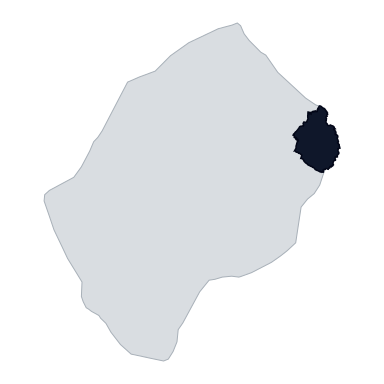 Sanqebethu, Mokhotlong, Lesotho (highlighted)
{"feature_id": "5366337B9113351497763", "entity_name": "Sanqebethu", "entity_type": "district", "adm_level": 2, "iso_a3": "LSO", "parent_name": "Lesotho", "parent_adm1": "Mokhotlong", "projection": "equal_earth", "projection_center": [29.193, -29.287], "detail": "fine", "context": "in_parent", "style": "filled", "palette": "ink", "viewbox_px": 384, "rotation_deg": 0, "n_neighbors": 0, "source": "geoboundaries", "source_scale": "gbopen_adm2", "svg_char_len": 6708}
<svg xmlns="http://www.w3.org/2000/svg" viewBox="0 0 384 384"><path d="M251.4,272.7L240.3,276.7L238.8,277.1L231.7,276.2L222.3,277.1L214.9,279.3L209.1,280.2L199.7,291.8L182.8,323.0L178.2,329.6L177.0,341.8L173.1,351.5L168.3,359.1L163.6,361.0L149.3,358.0L131.1,354.1L120.5,344.6L111.0,332.3L105.9,323.3L100.7,318.3L98.9,315.5L91.5,311.4L88.7,309.2L86.2,307.7L83.2,301.7L81.4,296.5L82.0,282.0L76.7,273.3L67.6,258.5L61.9,246.4L54.0,229.9L49.2,215.7L44.1,201.0L44.7,194.7L49.4,190.4L63.2,183.0L73.8,177.3L81.4,166.8L89.7,151.1L93.7,141.7L97.8,137.4L102.2,130.8L109.9,116.0L118.4,99.7L127.6,82.1L139.3,77.0L155.2,71.1L170.5,55.7L188.8,42.7L218.3,28.7L232.0,25.1L237.3,23.0L240.6,25.7L244.1,33.8L249.2,40.5L260.8,52.2L265.8,55.1L277.8,72.4L290.7,84.3L305.5,98.0L315.5,104.8L320.7,106.7L324.9,118.9L329.2,127.9L331.7,136.3L331.2,144.5L326.5,164.6L319.7,185.1L314.2,193.6L307.6,199.0L301.1,207.1L298.6,223.5L295.7,242.8L287.2,250.7L280.6,255.9L271.5,262.3L251.4,272.7Z" fill="#d9dde1" stroke="#a8b0b8" stroke-width="1"/><path d="M320.1,171.9L320.6,171.9L321.2,172.2L321.3,172.0L321.2,171.5L321.4,171.6L321.7,171.9L322.2,172.0L322.5,172.2L323.3,172.2L323.5,171.9L323.4,171.5L323.0,170.6L323.1,170.4L323.1,170.1L323.6,170.0L324.0,169.4L324.3,169.6L324.6,169.4L324.8,169.5L325.0,169.4L325.3,169.4L325.4,168.9L325.9,168.5L326.3,168.5L327.7,169.2L328.0,169.1L328.3,169.2L328.5,168.6L328.7,168.2L328.9,168.1L329.4,168.1L329.8,167.8L329.8,166.8L330.0,166.6L330.4,166.5L330.6,166.8L330.8,166.9L331.3,166.9L331.3,166.2L332.4,166.1L332.3,165.6L332.5,165.4L332.9,165.3L332.9,165.1L333.4,164.9L333.4,164.3L332.9,163.6L333.1,162.5L333.5,161.5L333.6,161.1L334.0,160.7L335.3,160.3L335.5,160.1L335.5,159.6L335.1,158.9L335.1,158.6L335.2,157.2L335.3,156.9L335.7,157.0L336.5,157.0L336.8,157.1L337.4,156.9L337.3,155.8L337.2,155.3L337.7,154.9L338.2,154.2L338.6,153.9L338.6,153.6L338.8,153.5L338.8,152.3L338.5,152.2L338.2,151.7L338.1,151.3L338.0,150.4L338.0,149.9L338.2,149.6L337.9,148.7L338.3,148.4L338.8,148.5L339.3,148.1L339.9,148.1L339.6,146.7L339.2,146.0L339.3,145.4L339.2,145.0L339.2,144.7L338.8,144.6L338.7,143.9L338.4,143.7L338.1,143.5L338.1,143.1L337.6,142.8L337.7,142.6L338.1,142.2L338.0,141.9L338.4,141.7L338.2,141.3L338.3,141.0L337.8,140.1L337.8,139.6L337.3,138.6L337.2,137.9L337.4,137.6L337.6,137.5L337.8,137.0L337.8,136.4L337.8,136.0L337.4,135.4L336.6,134.7L336.3,134.8L336.2,134.5L335.5,134.6L335.2,134.5L335.2,133.4L335.4,133.5L335.7,133.4L335.9,133.2L336.0,132.9L335.8,132.0L335.6,131.2L335.0,130.8L334.8,129.9L333.6,129.6L333.9,128.5L333.9,128.2L334.6,128.5L334.8,128.5L334.5,128.2L334.1,127.0L333.3,126.2L332.9,126.0L331.1,125.4L330.6,125.0L329.9,125.3L328.7,125.6L328.4,125.6L327.7,125.3L327.5,125.1L327.4,124.3L327.2,123.9L326.8,123.7L326.5,123.3L326.0,122.8L325.8,120.7L326.2,120.7L326.3,120.5L326.3,119.0L326.5,118.8L326.5,118.5L325.9,117.2L326.1,116.8L326.3,116.6L326.7,116.3L327.1,116.2L327.0,115.9L326.8,115.5L327.0,114.6L327.4,114.4L327.6,114.4L327.6,114.0L327.4,113.8L327.2,113.4L327.4,112.8L327.0,112.6L326.9,112.1L326.4,111.6L326.6,111.4L326.0,110.9L326.0,110.6L325.5,110.0L325.2,109.9L325.1,109.3L324.7,108.9L324.1,108.5L323.7,108.5L323.7,108.2L323.0,108.0L322.6,107.7L322.1,107.2L321.6,107.0L321.3,106.5L321.1,106.5L321.0,106.4L320.0,105.9L319.5,106.1L319.4,106.0L319.2,106.1L319.0,106.6L318.9,106.7L318.9,106.9L318.7,107.3L318.7,107.5L318.4,107.6L318.4,108.0L318.2,108.2L318.4,108.3L318.1,108.5L317.9,108.6L317.9,108.8L318.0,108.9L317.8,108.9L317.8,109.1L317.7,109.1L317.5,109.4L317.5,109.7L317.4,109.8L317.5,110.1L317.1,110.7L317.3,111.5L317.0,111.7L316.9,111.7L316.5,111.7L315.5,110.9L315.3,111.0L315.3,111.4L315.0,111.7L314.7,111.5L314.6,111.1L314.3,111.2L314.2,111.7L313.9,111.8L313.3,111.3L312.9,111.4L312.7,111.5L312.8,111.9L312.7,112.1L312.4,112.0L311.9,112.2L311.2,112.2L310.8,112.7L310.5,112.7L310.4,112.8L310.4,113.0L310.7,113.1L310.9,113.3L310.9,113.8L311.3,113.9L311.3,114.1L311.2,114.3L310.8,114.1L310.5,113.7L309.9,113.7L309.6,112.7L309.8,112.4L309.7,112.3L309.3,112.4L309.3,112.9L309.2,112.9L308.8,112.7L308.7,112.8L308.7,113.1L308.5,112.8L308.6,112.4L308.3,112.0L308.0,112.0L308.0,112.4L308.2,112.7L308.2,112.8L307.9,113.0L307.9,114.7L307.7,115.5L307.8,116.0L307.7,116.6L307.8,117.9L308.0,118.4L308.0,118.8L307.6,119.5L307.3,120.4L307.0,120.9L306.8,121.4L306.8,122.1L305.3,122.4L304.9,122.1L304.4,122.1L303.9,122.3L303.7,122.2L303.4,123.0L303.1,123.3L303.3,124.3L303.6,125.3L303.6,125.6L303.3,125.7L303.2,125.8L303.1,126.0L302.9,125.8L302.0,126.0L301.7,126.1L301.6,126.4L301.1,126.4L300.9,126.2L300.6,126.2L299.8,126.6L299.5,126.9L299.4,127.3L298.9,128.0L298.8,128.3L298.1,129.1L298.0,129.4L297.6,129.8L297.5,130.0L296.9,130.6L296.3,131.5L296.0,131.6L295.4,132.0L295.3,132.5L294.8,132.8L294.6,133.2L294.4,133.6L294.1,133.8L293.9,133.8L293.5,134.2L293.4,134.5L293.4,134.9L293.0,135.3L293.1,135.7L293.2,135.3L293.7,135.4L293.9,135.1L294.2,134.9L294.3,135.2L294.2,135.5L294.3,136.4L294.2,137.1L294.2,137.4L294.4,137.6L294.5,137.6L294.6,137.4L294.7,137.1L295.6,137.3L296.1,137.6L296.4,137.7L296.6,138.0L296.6,138.7L296.3,138.8L295.9,138.6L295.8,138.4L295.6,138.5L295.6,138.8L295.7,139.0L296.0,139.0L296.1,138.8L296.3,139.0L296.4,139.8L296.5,139.9L296.9,139.8L297.0,139.9L297.3,139.9L297.6,139.8L297.6,139.6L297.9,139.4L298.0,139.5L298.2,139.8L298.3,140.8L298.2,140.9L297.8,140.9L298.0,141.3L297.8,141.5L297.7,141.4L297.3,141.8L297.3,142.0L297.1,142.1L297.1,142.6L297.0,142.9L296.9,143.1L296.7,143.5L296.7,143.9L296.4,144.9L296.4,145.1L296.2,145.4L296.2,145.8L296.1,146.1L296.0,147.0L296.1,147.3L296.1,147.5L295.8,148.8L295.4,149.2L295.4,149.5L295.0,149.9L294.9,150.4L294.7,150.5L294.5,150.9L294.9,150.8L295.1,150.8L295.6,151.4L295.7,151.6L296.0,151.7L296.2,151.9L296.3,152.2L297.1,152.1L297.5,152.5L297.8,152.4L298.1,152.4L298.6,152.9L298.7,153.3L298.8,153.3L298.9,153.2L299.3,153.0L299.8,153.4L299.8,153.5L300.1,153.7L300.4,154.0L300.8,154.2L300.9,154.4L301.6,154.8L301.7,155.0L301.8,155.1L301.8,155.4L301.4,156.3L301.3,157.4L300.9,157.9L300.8,158.3L301.3,158.2L301.3,158.3L301.8,158.7L302.2,158.7L302.3,158.7L302.5,158.8L302.6,159.0L302.8,159.1L303.0,159.2L303.0,159.3L303.1,159.5L303.4,159.8L303.6,160.0L303.8,160.4L303.7,160.6L303.9,160.8L304.0,161.1L304.2,161.5L304.7,161.9L304.9,162.2L305.2,162.4L305.3,162.6L305.5,162.7L305.8,163.1L306.5,163.3L306.7,163.6L307.0,163.9L307.3,163.9L307.6,164.5L308.0,164.9L308.4,164.8L308.8,165.1L308.8,165.3L309.0,165.4L309.3,165.3L309.8,165.8L310.2,165.9L310.5,166.2L310.9,166.2L311.1,166.4L311.3,166.4L311.7,166.6L311.8,166.5L312.1,166.7L312.4,167.1L312.6,167.1L312.6,167.3L312.8,167.4L313.6,167.6L314.5,168.4L315.2,169.5L315.3,169.6L317.2,170.5L317.7,170.5L318.5,171.0L319.3,171.4L320.1,171.9Z" fill="#0f172a" stroke="#020617" stroke-width="1.5"/></svg>